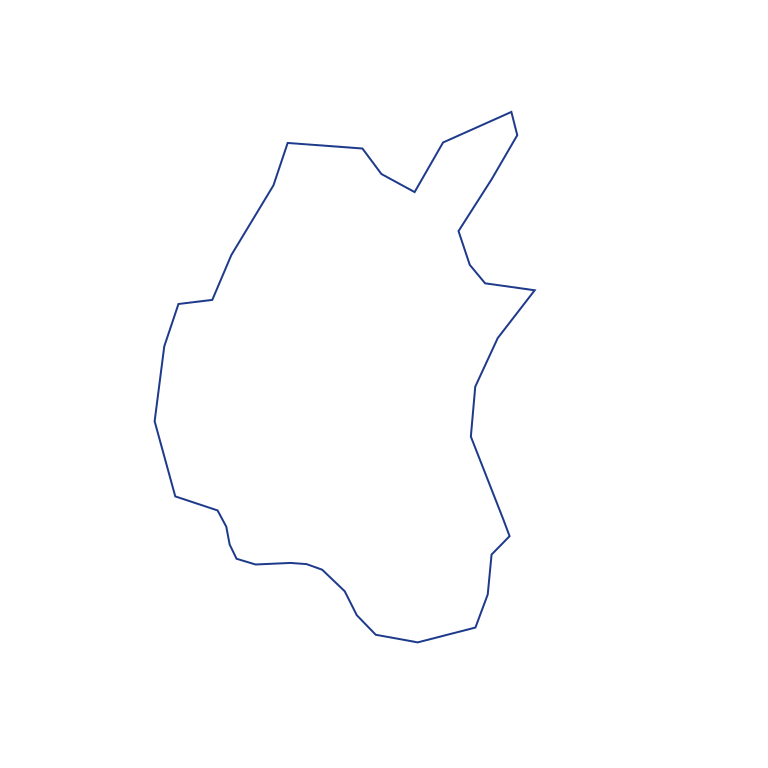 the border of Zubin Potok, rotated 243°
{"feature_id": "KOS-5897", "entity_name": "Zubin Potok", "entity_type": "District", "adm_level": 1, "iso_a3": "XKX", "parent_name": "Kosovo", "parent_adm1": "", "projection": "albers", "projection_center": [20.618, 42.908], "detail": "fine", "context": "isolated", "style": "outline", "palette": "blue", "viewbox_px": 768, "rotation_deg": 243, "n_neighbors": 0, "source": "natural_earth", "source_scale": "10m", "svg_char_len": 646}
<svg xmlns="http://www.w3.org/2000/svg" viewBox="0 0 768 768"><g transform="rotate(243 384 384)"><path d="M328.5,178.7L346.9,178.3L378.6,147.0L454.9,162.7L517.3,205.3L548.6,237.2L536.9,269.2L568.2,306.5L611.2,375.7L642.5,407.6L603.6,471.7L572.3,477.0L541.1,498.4L572.4,546.3L568.6,621.0L545.2,615.7L517.7,573.1L486.4,519.8L451.2,514.5L427.8,519.8L399.1,560.8L373.3,506.2L340.2,464.1L297.7,437.5L208.9,428.8L191.4,426.8L183.2,402.4L149.4,380.9L125.5,354.9L138.5,296.7L164.3,262.8L190.3,254.8L217.2,254.9L246.6,244.6L258.7,233.2L267.0,219.5L281.5,187.6L295.2,173.3L311.1,173.6L328.5,178.7Z" fill="none" stroke="#1e3a8a" stroke-width="2"/></g></svg>